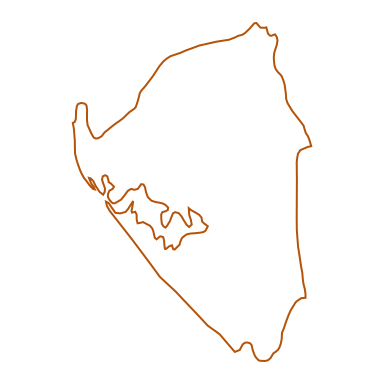 Ndougou, Ogooué-Maritime, Gabon
{"feature_id": "22940354B74005862204828", "entity_name": "Ndougou", "entity_type": "district", "adm_level": 2, "iso_a3": "GAB", "parent_name": "Gabon", "parent_adm1": "Ogooué-Maritime", "projection": "equal_earth", "projection_center": [10.09, -2.451], "detail": "fine", "context": "isolated", "style": "outline", "palette": "amber", "viewbox_px": 384, "rotation_deg": 0, "n_neighbors": 0, "source": "geoboundaries", "source_scale": "gbopen_adm2", "svg_char_len": 3599}
<svg xmlns="http://www.w3.org/2000/svg" viewBox="0 0 384 384"><path d="M305.5,297.8L305.5,293.7L304.7,288.6L303.5,284.1L302.8,279.1L302.3,272.8L301.1,266.6L300.2,260.3L299.1,253.1L298.1,246.7L297.4,238.0L296.8,229.6L296.7,217.4L296.9,178.1L296.8,172.2L296.8,168.6L296.7,162.3L297.3,157.3L298.0,153.7L300.3,150.2L303.2,148.9L307.8,146.9L310.3,146.4L311.2,146.2L310.2,142.6L309.3,139.6L307.8,136.0L305.9,133.2L304.8,129.9L303.6,125.7L300.6,121.7L292.4,111.1L289.8,106.9L287.5,103.0L286.2,99.1L285.8,93.4L285.3,89.6L284.6,84.6L283.4,80.5L281.8,76.4L280.2,74.4L278.0,72.2L275.6,68.9L274.5,65.5L274.0,61.3L273.8,57.4L274.3,52.7L275.6,48.4L276.7,45.3L277.5,40.6L276.9,37.3L275.0,34.4L273.1,35.0L271.4,35.8L269.8,35.5L268.0,33.6L266.3,27.4L264.2,27.8L260.4,27.6L258.5,25.4L256.4,23.0L254.3,23.3L251.9,26.0L249.1,29.2L248.1,30.1L245.3,32.8L242.3,34.8L238.3,35.8L235.1,37.4L229.1,39.7L216.4,41.7L199.4,45.5L193.5,47.7L185.8,50.5L180.5,52.8L170.5,56.2L166.6,58.7L163.4,61.4L159.4,66.2L153.0,76.0L145.1,86.4L141.6,90.3L139.8,93.1L138.6,98.1L137.5,101.9L135.9,106.7L134.4,108.7L129.3,112.2L122.9,118.4L119.0,121.3L116.3,123.1L113.5,125.2L111.0,127.2L107.5,130.1L104.7,132.3L103.7,133.5L101.8,136.1L98.7,138.0L96.0,138.6L93.8,137.6L92.4,135.4L91.2,133.1L89.4,129.1L87.6,125.1L87.0,120.2L87.0,114.5L87.1,110.0L86.5,105.5L84.9,103.7L81.2,102.9L78.1,104.0L76.9,106.0L76.0,111.4L76.0,114.4L75.8,119.2L74.6,122.1L72.8,122.9L73.9,128.9L74.8,140.6L75.0,153.2L76.3,159.0L77.9,164.2L79.8,169.5L81.4,173.2L84.1,178.1L86.0,180.4L88.4,183.7L90.3,186.1L92.9,188.8L94.8,189.4L93.7,186.9L91.5,184.0L89.8,180.2L89.0,177.9L90.7,178.4L93.3,181.1L95.4,185.5L97.5,188.7L99.7,192.0L103.2,194.7L104.7,191.9L105.0,188.4L103.7,184.8L102.0,179.6L102.8,176.3L105.3,175.2L107.3,176.4L108.3,179.7L108.7,182.1L111.1,183.7L114.0,186.7L112.7,188.8L109.4,190.7L107.9,194.2L108.0,197.3L109.7,200.2L112.6,203.2L114.8,203.3L121.0,199.7L124.0,196.1L127.8,190.9L131.1,188.9L134.4,189.8L137.8,188.9L139.4,186.7L141.1,184.2L143.5,184.5L145.0,187.2L146.0,192.0L147.8,197.1L151.4,200.7L155.5,202.0L158.4,202.5L162.6,203.4L165.6,205.0L168.1,207.6L167.8,210.0L165.7,211.2L162.3,212.2L161.2,214.6L161.3,219.1L161.9,223.9L163.6,226.5L165.5,227.6L167.0,225.9L170.0,221.0L171.3,217.5L173.0,213.3L175.1,212.2L178.7,213.1L181.4,216.2L183.7,220.2L186.6,224.8L189.1,227.0L191.7,224.6L190.9,220.0L189.2,214.7L188.8,208.2L191.0,210.1L196.1,212.9L199.3,214.9L201.5,217.6L202.2,221.6L203.9,223.3L207.8,226.2L205.6,230.6L203.5,232.0L200.7,232.6L195.5,233.2L190.8,233.5L187.2,234.2L184.3,236.0L181.9,238.1L180.5,241.3L179.5,244.8L176.6,247.6L174.7,249.5L173.3,249.3L171.9,245.3L169.2,246.3L165.9,249.0L164.9,248.8L164.4,245.2L164.1,240.9L163.2,237.1L160.5,236.3L159.6,236.7L156.6,239.3L154.8,237.8L154.2,235.3L153.4,231.5L152.3,228.5L149.8,225.6L146.6,224.0L143.0,222.1L140.9,222.7L137.6,223.3L136.7,219.7L136.6,214.5L135.2,211.8L132.1,212.6L131.5,210.7L132.3,207.2L133.2,201.0L130.3,205.4L128.3,208.7L125.6,211.9L120.2,213.4L115.4,212.8L112.3,208.4L108.6,203.0L106.0,201.7L106.9,205.9L109.8,211.0L117.5,220.8L132.1,239.5L148.4,261.2L159.9,276.9L175.9,291.8L183.4,299.8L197.5,314.6L207.7,325.6L219.6,334.2L234.8,351.9L237.5,350.9L239.8,349.9L241.2,347.2L242.7,344.4L245.0,342.7L247.5,342.5L250.1,343.3L251.6,345.1L252.6,349.7L254.6,355.1L255.8,357.2L258.7,360.4L260.6,360.8L264.9,361.0L267.9,360.3L270.6,358.0L272.1,355.4L273.4,353.3L275.4,352.0L277.8,350.0L279.1,348.2L280.6,344.4L281.7,339.3L282.0,332.8L283.9,328.2L286.1,321.6L288.6,315.0L290.7,310.3L293.3,306.1L295.7,302.2L298.2,300.2L301.4,298.1L305.5,297.8Z" fill="none" stroke="#b45309" stroke-width="2"/></svg>